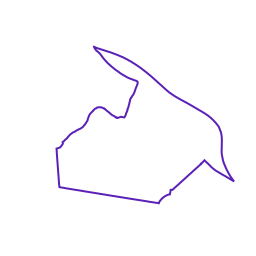 the district of Hendrik-Ido-Ambacht, Zuid-Holland, Netherlands, rotated 339°
{"feature_id": "6326949B24881260895403", "entity_name": "Hendrik-Ido-Ambacht", "entity_type": "district", "adm_level": 2, "iso_a3": "NLD", "parent_name": "Netherlands", "parent_adm1": "Zuid-Holland", "projection": "albers", "projection_center": [4.638, 51.847], "detail": "fine", "context": "isolated", "style": "outline", "palette": "violet", "viewbox_px": 256, "rotation_deg": 339, "n_neighbors": 0, "source": "geoboundaries", "source_scale": "gbopen_adm2", "svg_char_len": 5450}
<svg xmlns="http://www.w3.org/2000/svg" viewBox="0 0 256 256"><g transform="rotate(339 128 128)"><path d="M125.3,40.6L125.8,43.1L126.1,44.1L126.3,44.7L126.7,45.3L127.0,45.6L127.2,45.9L127.5,46.7L127.6,46.8L128.0,47.7L128.2,48.1L128.3,48.4L128.7,49.4L128.8,49.8L129.0,50.5L129.2,51.3L129.4,52.0L129.9,53.6L130.1,54.3L130.3,55.0L130.5,55.5L130.9,56.6L131.5,58.1L132.0,59.4L132.4,60.3L132.8,61.1L133.7,62.8L134.1,63.7L134.2,63.9L135.1,65.5L136.0,67.0L136.5,68.0L136.7,68.3L137.2,69.1L138.0,70.3L138.8,71.5L139.4,72.4L139.9,73.2L140.5,74.2L141.0,74.8L141.6,75.6L142.2,76.4L143.0,77.4L143.2,77.6L143.3,77.8L143.7,78.2L144.1,78.7L144.6,79.4L145.2,80.2L145.6,80.6L145.8,80.8L146.1,81.2L146.6,81.6L147.2,82.2L147.9,82.9L148.2,83.1L148.7,83.5L149.2,84.0L149.5,84.2L150.3,85.0L151.4,85.9L152.1,86.5L152.4,86.7L152.6,86.9L152.8,87.1L152.9,87.3L153.0,87.5L153.4,87.9L153.5,88.1L153.5,88.3L153.2,89.3L153.1,89.6L152.7,90.2L152.5,90.5L150.9,92.2L149.3,93.9L147.7,95.9L147.1,96.6L145.8,97.9L144.9,98.8L143.3,99.7L142.2,100.7L141.7,100.8L141.1,101.5L140.3,102.0L140.0,102.6L139.7,103.2L139.5,103.4L139.2,103.8L138.9,104.1L138.8,104.4L138.3,105.1L138.2,105.4L137.2,106.7L135.9,108.6L135.6,109.0L135.1,109.4L134.8,109.7L134.6,109.9L134.3,110.4L134.3,110.6L134.2,110.7L134.0,110.9L133.9,110.9L133.8,111.2L133.8,111.3L133.4,111.7L132.9,112.2L132.6,112.6L132.3,112.9L132.1,113.0L131.4,113.8L130.5,115.0L129.7,115.8L128.8,116.5L128.6,116.6L128.2,116.8L127.0,116.0L126.9,115.9L126.2,115.4L125.6,115.1L125.3,115.0L124.0,115.0L123.8,115.0L123.2,115.0L122.1,114.9L121.5,114.8L121.0,114.5L120.9,114.4L120.8,114.2L121.0,113.8L120.3,113.5L120.1,113.4L119.8,112.8L119.8,112.6L119.2,111.7L117.9,110.4L117.3,109.5L115.9,106.7L115.6,106.3L113.9,103.4L113.3,102.0L112.9,101.8L112.6,101.4L112.7,101.1L112.4,100.9L112.0,100.6L111.0,99.5L110.9,99.4L110.6,99.3L109.7,98.8L109.1,98.5L108.8,98.4L108.6,98.3L107.8,98.1L107.0,98.0L106.6,97.8L106.2,97.9L105.9,98.0L105.3,98.1L105.1,98.3L104.2,98.2L103.5,98.4L102.8,98.8L102.1,99.0L101.3,99.5L101.2,99.7L100.9,99.8L100.5,99.9L100.0,100.1L99.2,100.5L97.9,101.1L97.6,101.3L96.4,102.2L94.4,104.4L93.2,105.9L93.2,106.0L92.9,106.4L92.9,106.5L92.4,106.9L91.8,107.3L91.0,107.8L90.8,108.0L90.7,108.2L88.5,109.6L88.3,109.6L86.4,110.8L84.1,111.4L83.3,111.5L82.7,111.6L81.7,111.6L80.8,111.7L78.9,111.9L78.3,112.1L76.7,112.4L75.7,112.4L74.4,112.5L73.8,112.8L71.8,113.3L69.4,114.5L69.1,114.6L68.8,114.8L68.3,115.2L68.0,115.3L66.8,116.0L66.6,116.0L65.0,116.5L64.5,116.7L63.2,117.5L62.5,117.5L61.9,117.7L61.6,119.3L61.1,119.7L60.7,120.0L59.5,120.7L58.7,121.3L58.2,121.5L57.9,121.6L57.7,121.7L57.3,121.8L57.0,121.8L56.6,121.7L55.3,121.8L53.9,121.6L53.6,122.7L53.1,124.2L52.5,126.0L51.4,129.7L47.1,143.9L45.6,149.0L43.7,155.1L42.9,158.0L42.8,158.4L42.9,158.5L43.0,158.7L43.1,158.8L43.5,159.1L45.1,160.0L48.0,161.7L48.7,162.2L49.8,162.8L54.7,165.7L57.0,167.0L61.8,169.8L63.0,170.5L64.3,171.3L73.1,176.4L75.0,177.5L75.8,178.0L76.2,178.2L76.9,178.6L77.7,179.1L78.9,179.8L79.5,180.2L80.4,180.6L81.1,181.1L81.8,181.5L82.4,181.8L83.9,182.7L84.5,183.1L85.9,183.9L86.3,184.1L97.5,190.6L103.5,194.1L119.7,203.4L119.9,203.6L126.4,207.3L129.0,208.8L129.8,209.3L130.3,208.7L130.7,208.3L130.8,208.2L131.0,208.0L131.3,207.8L131.5,207.7L131.8,207.5L131.9,207.4L132.2,207.2L132.4,207.1L132.7,207.0L133.2,206.7L133.5,206.5L133.6,206.4L134.0,206.3L134.2,206.2L134.4,206.1L134.5,206.0L134.9,205.9L135.1,205.8L135.7,205.6L136.0,205.5L136.4,205.4L136.6,205.3L136.9,205.2L137.1,205.2L137.5,205.1L138.0,205.0L138.6,204.9L139.0,204.8L139.5,204.8L139.8,204.7L140.0,204.7L140.4,204.7L140.8,204.7L141.2,204.7L141.4,204.7L141.7,204.7L142.2,204.7L142.6,204.7L143.0,204.8L143.3,205.0L143.4,204.9L143.6,204.5L143.9,204.0L144.2,203.5L144.8,202.6L145.7,201.0L145.8,201.0L147.2,201.7L163.5,195.4L168.8,193.3L170.8,192.6L174.5,191.1L179.3,189.3L181.1,188.6L181.7,188.4L182.2,188.1L182.6,187.9L183.2,187.5L183.4,187.8L183.8,187.6L184.2,187.3L184.9,187.0L185.3,186.8L186.4,186.2L187.0,185.9L187.8,185.5L188.0,185.8L188.5,187.0L189.3,188.7L190.1,190.3L190.8,191.9L191.4,193.3L191.9,194.5L192.1,194.8L192.7,196.1L193.0,196.5L193.8,197.8L194.7,199.3L194.9,199.6L195.9,200.8L197.3,202.6L199.5,205.4L201.8,208.1L202.5,209.0L202.7,209.3L207.9,215.9L207.0,212.9L206.8,211.8L206.5,210.9L206.2,209.4L205.9,207.5L205.6,205.9L205.5,205.1L205.5,204.7L205.4,204.1L205.2,202.1L205.1,200.8L205.0,198.6L205.0,197.5L204.9,196.4L204.9,195.7L204.9,194.8L205.0,194.0L205.0,193.1L205.1,192.1L205.7,188.6L206.1,186.3L206.3,185.8L206.6,184.6L206.9,183.6L207.6,182.0L210.1,175.9L211.5,172.4L212.5,169.2L213.2,165.7L213.2,162.2L213.2,159.6L213.0,158.7L212.7,157.7L212.4,156.5L212.0,155.5L211.7,154.4L211.0,152.7L210.3,151.0L209.8,150.0L209.3,149.0L208.9,148.1L208.4,147.3L208.0,146.5L207.3,145.4L207.1,145.0L206.4,144.0L205.3,142.5L204.3,141.1L202.9,139.3L201.6,137.7L199.6,135.2L196.2,130.9L194.9,129.3L193.2,127.2L191.7,125.4L189.8,123.2L187.9,121.0L185.9,118.6L185.4,118.0L183.3,115.4L181.1,112.3L179.1,109.3L177.4,106.2L170.8,93.2L170.1,91.9L169.4,90.5L168.6,88.9L167.8,87.5L167.1,86.1L166.0,84.3L165.1,82.6L164.2,81.2L163.4,79.8L162.5,78.4L161.6,76.9L160.6,75.4L159.2,73.3L157.8,71.4L157.2,70.5L156.0,69.0L155.3,68.0L154.8,67.3L154.0,66.4L153.1,65.3L151.9,63.8L150.8,62.6L149.7,61.4L148.9,60.5L148.5,60.0L147.6,59.2L145.0,56.7L143.7,55.5L142.4,54.3L139.9,52.1L138.5,50.9L135.2,48.3L133.4,46.8L128.2,42.7L127.9,42.4L127.6,42.2L125.9,40.5L125.4,40.1L125.3,40.6Z" fill="none" stroke="#5b21b6" stroke-width="2"/></g></svg>